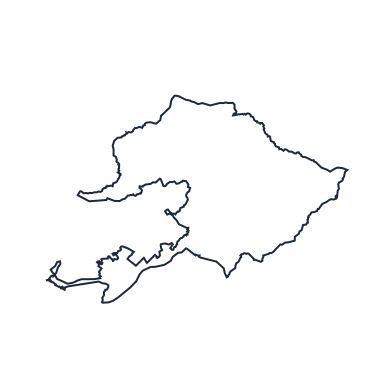 Caloto, Cauca, Colombia (Albers equal-area conic projection), rotated 262°
{"feature_id": "7082276B98035381809124", "entity_name": "Caloto", "entity_type": "district", "adm_level": 2, "iso_a3": "COL", "parent_name": "Colombia", "parent_adm1": "Cauca", "projection": "albers", "projection_center": [-76.384, 3.067], "detail": "fine", "context": "isolated", "style": "outline", "palette": "slate", "viewbox_px": 384, "rotation_deg": 262, "n_neighbors": 0, "source": "geoboundaries", "source_scale": "gbopen_adm2", "svg_char_len": 6063}
<svg xmlns="http://www.w3.org/2000/svg" viewBox="0 0 384 384"><g transform="rotate(262 192 192)"><path d="M128.2,40.6L125.1,37.6L124.9,35.1L124.7,37.5L125.6,38.8L125.1,39.2L124.2,38.1L123.7,39.3L123.0,39.3L122.6,40.2L122.9,40.5L122.1,40.9L121.8,42.3L120.8,42.7L119.5,44.2L118.9,43.7L116.6,46.9L116.8,47.5L115.0,48.8L115.9,49.4L116.3,50.4L115.6,50.9L114.4,50.5L112.9,52.2L115.2,53.0L115.8,56.3L116.3,87.1L114.0,90.9L113.2,93.8L111.3,96.2L109.6,95.9L107.1,94.1L107.3,92.6L106.2,92.3L105.4,90.9L102.1,90.5L99.6,88.4L97.4,88.6L95.4,87.5L94.8,88.2L94.3,94.1L95.4,99.0L98.0,104.4L106.2,117.8L111.4,124.4L117.8,128.7L121.0,132.3L123.6,140.8L123.0,145.0L123.7,154.6L126.8,161.4L130.3,163.8L133.7,169.7L133.6,173.4L137.0,178.1L136.6,179.0L129.0,186.3L129.6,186.6L128.3,188.8L128.1,190.6L126.9,189.9L125.8,191.4L119.7,206.5L111.9,212.9L107.3,213.1L102.7,214.6L103.4,216.0L104.2,216.1L105.4,217.6L106.9,218.1L108.2,219.4L110.6,224.3L113.1,224.8L115.5,226.1L116.0,227.7L117.3,229.1L119.8,230.5L120.6,231.6L122.1,231.8L122.4,231.2L123.5,232.3L123.4,233.6L124.2,235.3L123.2,237.2L123.5,238.0L123.0,239.5L117.4,243.8L116.2,243.7L116.0,245.3L113.3,250.5L114.1,252.1L116.1,252.4L117.9,253.7L119.2,253.7L120.1,259.5L120.8,260.3L120.5,262.2L121.3,264.0L127.8,272.2L127.3,273.8L129.0,277.4L128.7,279.7L129.5,286.9L133.4,287.7L135.7,291.9L138.0,293.0L139.0,295.3L143.9,297.4L143.9,300.6L145.4,301.6L145.5,302.5L148.5,302.5L148.8,303.1L150.8,303.4L150.9,304.1L152.1,304.2L153.3,306.0L155.2,307.5L155.1,310.5L155.8,313.2L157.7,314.1L157.5,315.1L162.1,319.4L163.4,323.9L165.3,327.4L165.5,329.2L164.8,330.9L165.4,333.8L167.9,333.6L168.2,334.3L165.7,334.6L173.0,336.5L174.7,337.9L179.2,337.9L181.0,339.1L182.0,342.0L183.5,343.3L184.4,343.1L185.6,344.5L190.8,346.4L192.2,348.9L194.9,343.9L195.9,339.4L195.0,336.1L192.9,331.6L195.2,328.9L198.2,323.5L204.3,318.8L205.2,317.1L206.6,316.9L206.6,315.2L209.9,310.5L211.0,308.6L211.2,306.9L212.5,305.3L213.5,305.4L215.6,303.4L216.4,303.3L216.5,301.4L215.7,300.6L215.9,299.0L218.0,296.5L218.6,293.5L220.9,291.5L221.3,289.9L220.1,288.4L222.2,286.2L222.2,284.4L224.1,284.3L225.5,281.4L227.2,280.7L228.2,280.9L229.1,279.9L229.8,280.1L231.5,277.2L236.1,276.9L236.5,276.2L236.4,274.7L238.1,274.7L239.9,272.8L244.1,271.7L244.7,272.5L247.0,271.7L248.0,272.5L250.6,271.0L250.8,269.7L250.1,269.0L251.4,267.8L251.8,266.2L253.0,266.2L253.3,265.0L254.5,263.7L257.3,263.2L258.2,262.2L258.7,260.8L260.3,260.7L261.6,259.5L262.1,257.7L261.2,256.0L262.1,255.2L261.5,253.9L262.3,253.0L262.2,250.2L262.6,248.5L262.2,247.2L262.1,243.4L263.6,244.2L264.2,246.6L265.6,247.2L268.5,245.7L272.6,246.3L274.6,244.8L275.1,240.0L275.9,238.3L275.7,234.8L276.3,232.4L275.2,222.1L278.6,214.6L278.2,210.1L280.6,206.9L281.7,204.0L282.8,202.9L284.1,198.9L288.7,192.2L289.7,189.3L289.6,188.0L287.1,185.2L284.9,184.0L279.9,182.4L278.4,181.3L271.7,171.9L267.6,170.6L264.6,166.0L267.0,160.2L266.9,156.1L266.1,154.9L264.7,154.6L264.8,153.1L262.5,151.7L263.8,149.0L263.0,145.7L263.3,144.4L261.2,142.1L260.5,142.1L259.4,139.9L260.2,137.7L259.6,136.5L260.1,135.4L258.9,135.6L258.5,134.3L257.5,133.6L257.7,132.8L257.1,132.2L256.8,130.2L255.9,129.8L256.0,125.8L253.6,122.2L249.0,119.9L245.3,120.3L239.1,119.4L237.3,121.6L234.5,122.0L232.7,121.4L230.5,123.4L229.6,122.9L229.4,123.7L225.6,123.0L224.9,122.3L223.3,122.9L223.1,122.2L221.7,122.3L221.6,121.4L220.7,122.1L220.0,123.7L219.4,123.8L218.6,123.5L218.5,122.7L216.1,121.8L214.8,120.4L212.8,119.2L212.0,117.7L211.6,115.2L208.8,114.3L209.6,113.0L209.5,109.8L210.0,108.9L209.1,108.4L209.3,107.8L208.9,107.2L208.0,107.0L208.2,105.7L207.0,103.6L205.5,103.1L204.8,101.5L205.5,99.4L204.9,97.6L205.3,95.5L204.9,92.8L205.4,90.5L205.0,88.7L205.7,87.5L205.8,84.6L208.1,82.4L208.2,81.2L204.7,78.4L197.1,89.0L196.0,106.1L197.6,107.4L194.0,113.9L193.1,119.1L194.6,122.7L194.6,124.6L197.4,128.0L197.2,129.5L197.7,130.9L197.2,131.9L197.9,133.5L196.6,134.2L196.1,135.7L197.4,137.2L197.1,138.1L197.9,140.1L197.6,140.8L198.2,141.0L198.2,141.6L200.6,142.7L202.4,141.8L203.2,140.6L204.9,140.9L204.2,144.0L205.1,144.5L205.2,146.0L205.8,146.6L205.8,152.2L207.1,154.9L206.4,157.3L209.7,162.0L209.1,162.8L201.9,164.6L201.6,165.1L201.7,166.7L203.6,168.5L205.1,171.7L204.5,173.8L204.9,176.1L202.3,177.8L202.4,180.2L203.6,182.9L203.6,183.8L204.5,184.5L203.5,187.7L200.0,189.4L197.5,188.7L196.4,190.7L193.1,189.3L192.1,187.4L189.9,185.8L188.3,185.7L187.0,186.6L184.8,186.8L180.8,183.9L179.8,182.1L178.6,181.8L177.8,178.3L175.0,177.1L174.3,175.8L174.7,175.1L172.2,172.4L172.9,172.0L173.1,169.7L174.0,168.7L173.7,168.2L178.0,165.7L177.9,164.5L176.7,162.7L173.1,164.3L173.7,166.9L171.4,169.7L169.3,170.5L166.0,172.9L161.9,174.6L157.0,182.1L157.0,183.4L156.0,183.1L155.5,182.1L154.2,183.1L153.5,181.7L152.7,182.5L152.1,181.8L150.5,181.7L150.6,181.0L150.0,180.5L150.7,180.1L150.0,177.8L149.1,177.4L147.8,175.5L148.0,174.7L147.3,173.4L145.7,172.1L145.0,170.8L143.1,169.9L142.3,170.1L141.9,169.3L139.8,168.0L140.0,167.0L139.4,166.4L137.4,165.4L137.4,164.3L139.4,162.7L142.9,165.7L144.3,164.7L143.2,161.9L144.8,158.0L144.7,154.2L144.0,153.6L140.7,153.6L138.7,154.4L137.4,151.4L133.5,151.4L132.1,149.9L131.5,148.6L132.0,147.8L132.9,148.2L134.9,146.6L128.0,137.5L133.5,135.1L126.8,126.2L134.6,118.8L136.8,120.7L138.2,123.6L139.2,123.9L140.8,126.1L144.6,121.4L147.4,116.5L147.9,115.3L147.7,114.1L146.6,113.1L145.3,113.7L144.6,113.5L144.0,112.7L143.9,110.8L141.9,109.5L142.4,106.3L141.9,104.7L140.2,105.5L141.0,107.1L140.1,108.4L137.5,109.6L136.8,109.6L135.8,108.7L135.7,107.7L136.5,105.9L134.7,104.5L134.7,104.0L137.0,103.3L137.8,102.1L139.5,101.5L140.0,100.4L139.5,99.7L137.8,99.4L138.3,93.6L137.9,92.9L136.6,93.2L135.2,92.2L134.2,93.4L133.1,92.7L133.2,91.7L136.4,90.3L136.4,89.2L135.7,88.2L133.2,90.0L131.6,89.0L128.9,91.8L125.8,88.7L124.1,89.4L122.8,88.6L121.1,89.9L120.2,88.4L119.4,88.9L119.3,83.2L121.0,70.4L120.1,65.3L119.7,65.1L118.8,61.5L118.4,56.2L124.8,46.2L128.8,44.8L128.1,43.5L129.1,43.9L130.7,46.2L136.1,48.8L139.2,51.7L141.7,51.6L141.4,48.8L137.7,46.2L134.8,41.3L132.0,42.5L129.6,44.3L128.8,43.3L128.2,40.6Z" fill="none" stroke="#1e293b" stroke-width="2"/></g></svg>